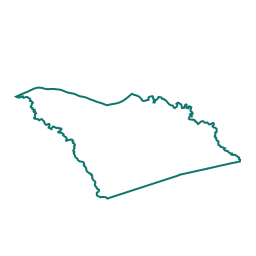 Floresta do Araguaia, Pará, Brazil (Natural Earth projection), rotated 252°
{"feature_id": "56859067B99934361851044", "entity_name": "Floresta do Araguaia", "entity_type": "district", "adm_level": 2, "iso_a3": "BRA", "parent_name": "Brazil", "parent_adm1": "Pará", "projection": "natural_earth1", "projection_center": [-49.514, -7.553], "detail": "fine", "context": "isolated", "style": "outline", "palette": "teal", "viewbox_px": 256, "rotation_deg": 252, "n_neighbors": 0, "source": "geoboundaries", "source_scale": "gbopen_adm2", "svg_char_len": 5780}
<svg xmlns="http://www.w3.org/2000/svg" viewBox="0 0 256 256"><g transform="rotate(252 128 128)"><path d="M159.3,142.3L158.9,141.3L156.8,136.2L155.4,131.7L155.3,131.0L155.0,128.9L154.9,126.7L154.9,125.9L155.1,123.8L155.3,121.9L155.6,120.5L156.1,115.9L156.1,115.1L157.0,113.8L157.7,113.1L159.0,111.5L161.2,108.4L162.1,107.1L164.3,104.3L165.7,102.7L166.9,100.8L167.6,100.2L168.6,99.1L169.8,97.7L171.3,95.5L172.2,93.6L172.7,92.7L174.0,90.9L174.5,90.3L176.6,88.1L177.5,86.9L178.0,85.8L178.6,84.8L179.0,84.0L180.5,81.4L182.9,78.5L183.3,78.0L184.5,76.7L185.0,76.0L186.1,73.9L187.0,71.7L188.0,69.6L188.6,68.0L189.8,63.4L191.0,61.0L192.2,59.4L193.1,57.7L194.1,55.3L194.4,53.3L194.5,50.6L194.0,47.6L194.1,46.4L193.7,45.5L193.6,44.3L193.3,39.9L192.9,35.7L192.6,33.2L192.4,31.2L191.7,31.8L191.3,32.5L191.0,33.3L190.5,33.9L190.6,35.0L190.9,35.6L190.6,36.2L190.8,37.1L190.5,37.8L189.9,37.5L189.4,37.6L188.9,38.1L189.0,39.9L188.9,40.6L188.7,41.5L188.3,42.0L187.8,42.4L187.1,42.7L186.8,43.4L185.6,44.0L185.0,43.8L184.0,43.1L183.6,43.7L183.3,44.5L181.3,45.3L180.9,44.7L180.8,44.0L179.6,43.5L179.1,43.0L178.7,42.3L178.1,42.0L177.5,42.2L176.8,42.8L176.4,43.4L175.8,43.1L175.2,43.0L174.9,43.8L174.3,44.1L174.1,44.8L173.6,44.5L172.8,43.3L172.3,43.5L171.8,44.0L171.9,44.8L171.2,44.9L170.4,45.0L170.2,44.3L169.7,43.7L169.2,43.8L167.8,43.0L167.2,42.9L166.9,42.3L166.5,41.7L165.9,41.8L165.3,43.2L164.6,44.4L163.8,45.5L163.1,45.5L162.8,46.1L163.1,46.7L163.1,47.6L163.2,48.4L162.8,49.0L161.3,49.5L160.7,50.0L160.1,50.2L158.5,50.1L157.9,50.2L157.2,50.6L156.6,50.8L156.2,51.3L156.1,52.0L156.3,52.8L156.5,53.4L156.2,54.3L154.9,54.3L154.3,54.0L153.4,52.8L152.8,52.6L152.4,53.3L150.5,54.7L151.0,55.3L151.6,55.5L152.0,56.1L152.1,56.8L152.5,57.4L151.5,58.4L150.9,59.1L150.3,59.6L149.9,60.1L150.0,60.9L149.8,61.5L149.2,61.9L148.8,62.4L148.8,63.4L148.0,64.4L147.3,64.4L146.7,63.1L146.2,62.6L146.0,61.9L146.0,61.2L145.8,60.4L145.2,60.5L144.7,61.9L143.5,63.7L142.8,64.0L142.3,64.7L141.5,64.7L141.1,64.1L140.5,64.4L140.0,64.8L139.4,65.1L138.4,66.2L137.8,66.4L137.0,66.5L136.5,66.3L136.0,65.8L135.7,65.3L135.0,65.3L134.8,66.2L135.1,67.0L135.0,67.7L134.7,69.4L134.8,70.2L134.3,71.1L133.6,71.5L132.8,71.8L132.7,71.1L131.9,71.0L130.7,71.1L130.1,72.0L129.4,72.0L128.5,72.4L127.7,71.8L127.6,71.1L126.8,70.9L126.3,71.1L125.6,71.1L125.1,70.7L124.7,70.0L124.1,69.8L123.5,69.5L123.3,68.9L122.7,69.0L121.8,69.6L121.2,69.4L121.1,68.7L120.3,68.5L118.9,69.0L118.2,69.0L117.5,68.8L116.5,69.0L115.5,69.6L114.3,70.4L113.6,70.4L112.9,70.6L112.0,71.0L111.2,71.9L110.3,73.4L110.0,74.1L109.3,75.0L108.3,75.2L107.0,75.2L106.5,74.4L105.7,74.4L105.0,75.1L104.2,75.3L103.6,75.3L103.0,75.8L101.4,75.6L100.9,75.3L100.3,75.4L99.5,75.5L99.0,75.7L98.0,76.6L97.4,76.8L96.9,77.3L96.5,78.0L95.8,78.5L95.2,78.2L94.8,79.1L94.1,79.2L93.4,79.1L92.7,78.9L92.0,78.6L91.3,78.8L90.7,78.5L89.7,78.7L88.5,79.3L88.0,79.7L87.5,80.0L86.9,80.3L85.4,79.7L85.0,79.2L84.3,78.9L83.5,79.1L82.8,78.9L82.2,79.2L81.6,79.7L80.2,79.7L79.7,80.2L79.1,80.5L78.5,81.1L77.9,81.3L77.3,81.0L76.7,80.5L76.2,78.9L75.8,78.2L74.9,78.0L74.3,77.7L73.5,77.7L72.7,78.2L70.9,80.1L70.5,80.7L70.6,81.9L70.2,82.4L70.0,83.3L69.2,85.0L68.8,85.7L68.1,86.3L67.3,86.5L67.3,108.8L67.3,116.2L67.3,132.1L67.3,161.7L67.6,162.2L67.5,163.0L67.7,163.7L67.3,164.5L67.3,165.5L65.1,188.0L64.8,190.6L64.9,191.3L64.8,192.0L64.5,192.7L64.6,193.5L64.4,195.7L63.0,210.5L62.7,214.2L62.6,215.2L61.5,224.0L62.4,224.5L63.1,224.8L63.6,224.2L64.2,223.9L64.8,224.4L65.5,224.6L66.8,223.4L67.6,223.0L68.1,222.4L68.7,222.1L69.5,221.5L69.7,220.6L70.1,219.1L70.6,218.4L71.0,219.0L71.7,219.0L71.9,218.3L72.3,217.3L72.9,216.9L73.8,216.2L74.3,216.2L75.6,215.4L76.0,214.0L76.7,213.4L77.4,213.0L78.1,212.7L78.7,212.7L78.9,213.7L80.0,212.5L80.5,211.9L80.8,211.1L81.4,210.7L81.9,209.9L82.8,210.0L83.4,209.6L84.0,208.8L84.9,209.1L85.7,209.1L86.3,209.6L87.3,209.9L88.0,209.1L88.7,208.8L89.2,208.4L89.9,208.6L90.7,208.6L91.4,208.7L91.9,208.1L92.5,208.4L92.9,207.9L93.5,207.9L94.1,208.4L94.7,209.1L95.4,209.3L96.6,209.4L96.9,210.2L96.8,210.9L97.4,211.3L98.0,211.3L98.7,211.7L99.8,212.0L100.3,211.7L101.0,211.2L101.6,210.5L102.1,209.5L103.3,208.9L103.9,209.6L104.7,210.7L105.4,210.9L106.5,210.7L106.5,209.7L106.0,208.2L106.3,207.0L106.3,206.3L106.9,205.8L107.9,205.6L108.7,205.2L109.2,202.9L109.8,202.2L110.4,202.0L111.2,201.6L111.6,200.1L111.4,199.0L111.0,198.0L110.4,197.1L110.2,195.8L111.6,195.4L112.8,194.8L113.1,194.2L113.8,193.8L114.3,194.1L115.1,193.7L115.6,193.0L115.6,192.3L116.3,191.6L116.5,190.5L117.0,189.5L118.0,188.7L119.3,189.7L119.9,190.2L120.5,191.3L119.9,191.3L119.3,192.2L120.1,192.6L121.4,192.2L121.9,191.7L122.0,193.2L121.8,194.0L122.7,194.0L123.7,193.6L124.2,192.9L124.9,192.7L125.8,193.2L126.5,193.3L127.1,194.0L127.6,194.2L128.2,194.6L128.6,194.1L129.4,193.5L129.8,192.9L129.4,192.4L128.8,192.7L128.1,191.0L128.7,190.3L130.1,190.4L131.3,190.2L131.9,190.9L132.5,190.6L132.3,189.6L131.3,188.8L130.9,188.2L129.9,188.2L129.9,187.3L130.1,186.6L130.2,185.6L131.7,185.6L133.9,185.9L134.7,185.1L136.0,184.2L136.7,183.1L136.1,181.7L135.6,182.2L134.8,182.1L134.0,181.7L133.2,181.0L132.9,179.5L132.5,178.6L133.4,177.8L135.0,177.7L135.6,177.2L136.3,176.0L136.9,175.3L137.5,174.7L139.0,174.0L140.5,173.3L141.5,173.0L142.4,172.6L143.2,171.6L143.8,171.4L144.6,170.9L144.9,169.7L145.4,169.4L146.6,169.4L147.0,168.6L147.4,167.8L148.1,166.6L147.5,166.1L146.9,165.4L146.5,164.8L146.2,164.1L146.2,162.9L145.4,162.3L144.0,161.2L144.4,160.2L145.9,160.9L147.3,161.6L148.1,161.0L150.3,161.4L150.8,160.9L150.8,159.9L151.0,158.9L151.0,157.6L150.6,156.8L149.6,156.5L148.9,156.4L148.3,156.1L148.7,155.1L148.7,154.1L148.5,152.9L148.8,151.9L149.0,150.9L149.6,150.1L151.0,149.9L153.5,148.8L154.5,148.1L155.4,147.2L155.8,146.6L156.5,145.9L157.2,144.9L157.5,144.1L158.4,143.4L159.3,142.3Z" fill="none" stroke="#0f766e" stroke-width="2"/></g></svg>